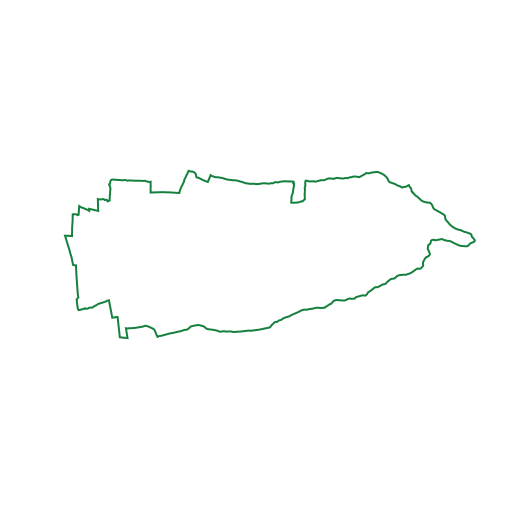 Pancesti, Neamt, Romania (Albers equal-area conic projection), rotated 122°
{"feature_id": "2599482B84099352345268", "entity_name": "Pancesti", "entity_type": "district", "adm_level": 2, "iso_a3": "ROU", "parent_name": "Romania", "parent_adm1": "Neamt", "projection": "albers", "projection_center": [27.134, 46.914], "detail": "fine", "context": "isolated", "style": "outline", "palette": "green", "viewbox_px": 512, "rotation_deg": 122, "n_neighbors": 0, "source": "geoboundaries", "source_scale": "gbopen_adm2", "svg_char_len": 6128}
<svg xmlns="http://www.w3.org/2000/svg" viewBox="0 0 512 512"><g transform="rotate(122 256 256)"><path d="M360.5,406.4L359.7,404.2L359.4,403.7L368.3,397.5L382.8,386.9L385.3,384.7L387.5,385.1L388.0,385.0L393.0,381.0L394.9,379.3L395.8,378.1L395.8,377.6L394.6,376.3L393.6,375.6L392.6,374.4L392.1,373.9L391.0,373.5L390.9,372.3L390.7,371.9L389.2,370.4L388.4,370.1L388.0,369.8L386.5,367.5L386.0,367.2L384.1,366.5L382.5,365.4L380.3,364.4L374.4,359.4L372.7,358.5L371.5,357.2L384.5,345.2L382.0,342.2L381.4,341.7L381.1,341.3L381.1,341.0L397.1,328.4L393.7,321.5L386.2,328.0L385.5,326.4L384.4,325.2L382.9,322.9L380.9,320.3L376.0,314.7L374.1,313.2L373.6,312.6L372.8,309.8L372.2,304.6L372.3,303.7L372.7,302.5L375.9,298.1L376.8,296.6L376.6,296.4L375.6,296.1L373.9,294.1L372.1,292.4L367.3,288.0L365.1,285.5L361.1,281.6L359.5,279.8L357.1,278.0L355.0,275.6L353.7,274.8L351.4,274.3L350.0,273.7L347.9,271.6L345.6,269.1L344.8,267.7L343.5,263.8L343.4,263.1L343.8,259.9L343.7,258.4L340.9,252.3L339.7,248.7L339.6,247.3L339.4,246.7L338.1,244.9L337.0,243.6L335.4,240.4L333.5,237.8L332.3,234.7L331.8,233.9L330.6,232.4L327.9,228.6L323.1,222.7L322.7,221.9L322.6,221.3L316.2,213.6L313.7,211.1L309.7,206.8L308.3,206.2L306.7,206.2L302.4,205.1L301.6,204.6L300.6,203.2L300.1,202.9L298.8,202.6L297.5,201.4L296.5,200.6L294.9,200.1L291.6,197.8L290.0,196.1L286.1,193.9L281.7,190.8L277.4,188.2L275.6,186.3L274.7,184.4L274.2,184.1L272.8,182.7L270.5,179.9L269.3,178.8L267.6,177.0L265.2,172.6L264.1,171.4L264.0,170.9L262.9,170.1L262.4,170.1L260.5,169.0L259.1,168.5L258.6,168.2L257.6,167.8L257.3,167.3L257.0,167.1L253.0,166.3L251.4,165.2L250.5,164.1L249.8,162.9L249.4,161.9L248.5,160.3L247.1,157.6L245.8,156.5L244.0,155.4L242.4,154.0L241.5,151.9L240.5,150.7L240.2,150.1L239.5,149.7L238.2,149.5L237.8,149.3L234.5,146.3L234.0,145.9L232.5,144.3L231.9,142.6L231.6,142.3L229.8,141.6L227.4,141.7L225.3,140.6L219.3,138.4L218.0,136.3L212.8,133.3L211.3,131.6L207.0,130.5L205.3,129.9L203.8,129.1L203.1,128.4L202.0,127.0L201.1,126.5L198.6,125.8L197.4,125.2L196.2,124.1L193.3,120.5L192.6,119.1L191.8,118.4L189.0,116.1L187.4,115.2L182.3,113.1L181.4,112.5L180.7,112.0L180.7,111.5L180.0,110.3L179.1,109.6L177.6,109.3L175.9,109.1L175.1,109.4L173.5,110.7L173.1,110.9L171.2,111.2L168.1,111.3L167.0,111.1L165.6,110.1L164.7,109.8L164.0,109.4L163.3,109.3L162.1,109.7L161.5,110.1L161.0,111.2L160.2,112.0L159.7,113.1L159.2,113.5L158.8,114.3L158.0,114.7L156.7,115.0L156.3,115.4L155.3,115.7L155.0,115.6L153.9,114.9L153.4,114.8L152.9,115.0L152.4,114.9L150.2,115.7L149.8,115.6L148.8,114.8L147.8,113.6L147.9,112.6L147.4,111.9L143.1,107.3L142.8,105.2L142.3,103.4L141.7,101.7L140.7,99.9L140.5,98.8L140.3,98.3L140.2,95.4L139.4,89.2L138.5,86.9L136.3,82.7L135.5,81.9L134.7,81.5L131.6,80.9L128.7,78.7L127.5,78.5L126.9,78.6L126.7,78.8L126.1,80.4L125.6,81.2L125.3,83.2L123.7,84.7L123.6,85.1L123.5,85.8L124.6,90.9L125.1,91.9L125.3,94.0L125.5,94.7L125.6,96.4L125.9,96.6L127.0,100.7L127.1,105.1L126.8,106.5L126.8,107.9L125.8,110.4L125.4,112.0L124.6,114.6L121.6,117.4L121.4,118.9L121.4,121.6L121.8,129.9L121.7,130.3L121.4,130.7L120.9,131.9L120.2,132.5L119.1,134.4L118.8,135.8L118.7,136.9L118.9,137.4L120.0,139.2L121.1,142.5L121.3,145.3L120.9,146.8L120.4,150.0L120.1,150.9L120.3,152.3L119.7,154.6L119.4,155.0L119.3,155.9L119.4,156.7L119.3,156.9L118.9,157.0L118.6,158.4L116.9,159.8L116.4,160.8L116.1,162.0L114.9,163.9L118.0,165.8L119.0,167.0L120.2,168.1L120.6,168.5L120.5,170.7L121.1,172.5L121.2,175.0L121.4,176.7L122.0,179.5L122.5,181.3L122.4,182.5L122.2,183.3L120.6,185.6L120.0,187.3L119.5,189.4L119.4,190.2L119.5,193.3L120.1,197.0L121.2,198.8L124.2,202.4L125.4,203.5L126.3,204.5L126.7,205.1L127.2,206.5L128.6,206.9L134.4,210.2L135.4,212.5L135.9,213.9L137.4,215.9L138.5,216.7L139.7,218.3L141.5,219.6L142.4,221.4L144.0,223.0L144.9,224.5L146.5,228.0L147.1,229.0L148.1,230.0L149.4,230.9L150.0,232.4L151.7,235.5L153.1,236.7L155.2,238.0L156.0,238.9L157.3,241.2L158.0,241.6L158.4,242.1L161.2,244.7L161.8,245.6L162.0,246.7L162.6,247.3L163.6,249.0L164.5,250.2L164.9,251.6L165.1,252.1L165.4,253.4L165.8,253.4L166.2,253.8L166.4,253.8L169.2,252.2L170.2,251.3L172.0,251.0L173.9,249.6L178.1,247.3L182.0,244.6L182.6,244.9L185.0,245.4L185.2,246.1L186.4,247.0L188.3,248.7L190.6,251.8L192.1,254.4L188.7,256.2L187.4,257.1L185.6,257.7L182.9,258.2L179.3,259.9L176.1,261.0L175.1,261.9L174.3,262.1L174.3,262.4L174.6,262.9L173.1,263.5L174.3,266.0L175.2,267.2L175.4,267.9L176.0,268.7L177.2,271.0L180.0,274.6L181.8,276.2L182.5,277.3L182.9,278.5L183.2,278.9L185.4,280.2L186.0,281.2L186.4,282.0L187.0,282.4L187.7,283.2L190.1,287.8L191.6,289.8L193.4,291.7L194.8,293.7L196.1,296.5L197.9,299.1L198.8,301.5L199.5,302.4L199.7,303.4L200.0,304.3L200.6,307.1L201.4,309.5L201.6,310.6L202.4,312.8L203.0,314.1L203.8,315.2L205.0,318.0L205.6,319.2L206.6,321.5L207.6,325.6L209.4,330.1L210.3,331.4L210.8,332.4L211.5,335.7L211.6,336.4L211.5,337.3L218.8,336.1L219.1,337.8L219.7,341.0L220.2,346.7L220.8,347.7L220.7,348.2L220.6,348.5L218.6,350.2L217.9,352.1L217.8,353.2L218.1,354.7L218.4,355.3L218.9,355.8L219.5,358.3L222.3,357.9L225.6,357.6L227.1,357.3L229.3,357.3L230.4,356.6L231.0,356.5L235.4,356.0L236.5,356.0L240.5,355.3L243.2,354.4L248.1,363.5L249.3,365.4L251.2,368.8L258.0,379.0L254.6,381.2L253.4,381.8L248.9,384.7L249.3,385.0L249.7,385.6L250.7,388.0L251.0,389.8L251.2,390.3L252.2,391.5L252.8,392.8L256.5,398.9L258.8,403.1L260.3,405.2L261.0,407.5L262.2,408.9L262.7,409.6L264.3,412.9L265.0,413.9L266.7,417.5L268.1,419.1L268.9,419.2L269.7,419.1L270.4,418.9L271.2,418.4L272.4,418.2L272.7,418.5L273.1,418.5L273.5,418.3L273.6,417.6L274.2,417.2L275.0,416.0L275.6,415.4L278.3,414.0L280.8,412.6L282.6,411.8L285.3,410.3L286.5,409.5L287.3,410.3L287.9,410.4L288.2,410.7L288.1,411.4L287.5,411.8L287.5,412.0L287.6,412.8L287.8,413.2L288.5,413.7L288.7,413.9L288.5,414.8L288.7,415.8L290.4,417.7L291.1,419.0L291.5,420.3L301.4,413.7L304.4,422.5L306.1,421.4L306.1,423.0L306.7,426.6L306.9,428.3L307.4,429.8L307.3,432.4L315.1,428.3L315.9,428.9L315.7,430.0L316.8,432.1L317.8,433.5L323.3,430.2L329.1,427.1L336.6,422.6L338.1,425.5L339.9,428.5L340.0,428.7L347.9,419.6L349.1,418.1L352.0,415.1L354.8,411.8L360.5,406.4Z" fill="none" stroke="#15803d" stroke-width="2"/></g></svg>